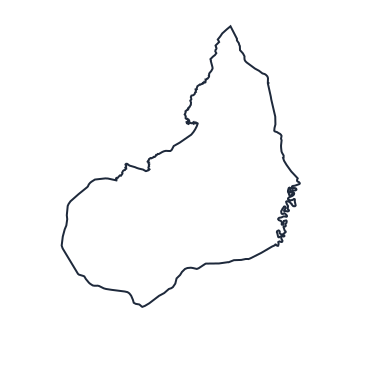 Ban Lueam, Nakhon Ratchasima, Thailand, rotated 138°
{"feature_id": "78962969B51286671896071", "entity_name": "Ban Lueam", "entity_type": "district", "adm_level": 2, "iso_a3": "THA", "parent_name": "Thailand", "parent_adm1": "Nakhon Ratchasima", "projection": "orthographic", "projection_center": [102.112, 15.575], "detail": "fine", "context": "isolated", "style": "outline", "palette": "slate", "viewbox_px": 384, "rotation_deg": 138, "n_neighbors": 0, "source": "geoboundaries", "source_scale": "gbopen_adm2", "svg_char_len": 6069}
<svg xmlns="http://www.w3.org/2000/svg" viewBox="0 0 384 384"><g transform="rotate(138 192 192)"><path d="M165.9,96.9L165.4,97.2L164.9,97.0L164.7,95.2L164.3,94.6L163.9,94.4L162.3,95.5L161.6,96.8L161.3,97.1L160.1,96.8L159.1,95.1L158.7,94.8L158.2,94.7L157.4,95.2L156.8,97.6L155.6,98.7L155.5,99.1L156.0,99.8L157.7,100.1L157.9,100.4L158.0,101.0L156.3,104.1L155.8,105.4L155.1,105.9L153.5,105.6L153.1,104.9L153.2,104.0L154.1,103.2L154.4,102.3L153.9,100.3L154.2,99.0L153.6,97.5L152.9,97.4L152.5,97.9L153.0,99.2L152.7,99.8L149.5,99.5L149.1,99.6L148.8,100.0L149.0,101.2L147.4,104.8L146.7,104.9L145.8,104.0L145.2,104.0L144.7,104.4L144.2,105.7L142.4,105.9L141.3,106.8L141.0,107.3L141.0,107.8L141.4,108.1L143.1,109.0L146.0,107.0L146.3,106.9L146.8,107.2L147.0,107.4L147.0,107.9L145.6,109.3L145.2,110.3L145.4,111.2L146.3,113.0L146.2,114.1L145.7,114.5L144.5,114.5L142.4,113.2L140.5,112.7L139.9,112.3L138.4,110.4L137.8,110.3L137.4,110.7L137.2,111.3L137.3,113.3L137.5,114.3L137.8,114.5L139.0,114.8L139.7,115.4L139.8,115.8L139.7,116.5L138.7,117.9L138.2,118.2L137.0,118.5L135.7,119.1L134.7,119.1L133.5,119.6L132.7,119.2L132.5,118.4L132.9,117.6L133.7,117.1L135.8,116.7L136.1,116.5L136.2,116.1L134.9,114.9L134.0,113.6L133.2,113.2L132.5,113.2L132.2,113.5L132.2,115.1L132.0,115.6L130.0,117.3L129.7,119.1L129.0,121.1L128.5,121.8L128.0,121.8L126.9,120.9L125.9,118.3L126.3,117.5L125.9,116.5L126.3,115.3L126.2,113.7L125.1,112.6L124.5,112.5L123.9,112.7L122.0,116.1L120.6,117.6L120.5,118.1L120.9,118.6L122.6,118.8L124.5,120.0L125.3,121.5L125.4,122.5L124.9,123.0L123.4,123.1L120.6,122.1L118.9,121.8L117.8,122.0L117.1,122.5L116.8,123.2L117.1,123.9L119.5,123.3L120.5,123.3L121.4,123.6L121.8,124.4L121.7,124.9L121.0,126.3L120.6,127.9L119.6,128.9L117.7,130.1L117.2,130.2L116.6,130.0L116.4,129.5L116.5,129.0L117.4,127.8L119.2,126.6L119.4,126.0L118.8,125.6L117.0,125.8L116.2,125.6L115.5,125.2L114.4,124.2L113.8,123.9L113.1,123.8L112.6,124.1L112.4,124.8L112.8,125.9L113.8,127.0L115.3,127.4L115.5,127.8L115.1,128.4L113.9,129.2L113.0,129.0L111.4,127.9L107.3,126.2L106.4,126.1L106.0,126.4L105.9,127.7L106.5,129.1L106.5,129.8L106.3,130.2L105.5,130.9L104.3,131.4L104.5,140.9L103.6,148.9L102.7,153.6L101.5,156.4L101.0,156.2L99.5,157.8L98.8,161.1L98.3,162.3L96.2,165.2L94.9,166.8L90.8,170.5L90.2,172.0L87.9,173.8L87.6,175.0L87.7,176.4L88.4,178.2L88.6,179.3L89.9,181.6L89.9,182.5L87.8,184.4L84.8,186.4L79.7,192.3L71.2,207.7L69.6,210.2L63.1,221.7L62.9,222.0L62.2,221.9L62.2,222.8L59.4,225.7L58.9,226.7L58.6,227.7L58.7,229.8L59.1,231.1L60.3,233.0L61.1,237.3L62.6,241.5L64.7,251.7L64.8,253.5L64.4,255.1L63.3,256.6L62.2,257.7L61.4,260.9L61.4,265.3L58.8,268.4L58.4,269.8L57.6,271.3L57.2,274.4L57.0,274.9L56.1,275.7L52.5,289.4L57.4,289.6L63.4,289.6L67.0,288.7L70.8,288.1L71.1,286.6L71.5,285.3L76.5,285.1L76.7,284.8L76.9,283.9L77.3,283.5L77.5,282.5L78.5,281.9L79.5,281.8L80.6,280.9L81.0,278.9L83.3,278.4L85.8,278.6L89.4,278.4L89.9,277.1L90.3,276.9L93.3,271.0L94.2,269.9L96.8,269.0L99.2,268.7L100.1,268.4L101.0,267.5L101.5,267.4L101.7,266.7L102.4,266.2L104.6,265.8L105.0,265.9L105.3,266.2L106.3,266.0L106.7,266.5L108.3,264.7L108.7,264.5L109.3,264.8L109.5,265.5L110.0,265.2L110.4,265.5L111.0,265.3L111.2,265.8L112.1,265.5L112.7,265.9L113.9,266.1L114.1,266.6L117.2,267.0L119.3,265.8L119.5,265.3L120.7,265.9L121.0,265.4L121.0,264.8L122.1,264.2L122.2,263.7L123.3,263.8L123.9,263.4L124.2,263.1L126.1,263.0L127.9,264.0L129.4,263.3L129.7,262.5L130.5,261.3L131.1,261.1L131.6,261.2L132.2,261.0L132.8,259.2L134.6,257.5L135.2,257.5L136.7,256.8L137.6,257.0L138.2,256.6L138.6,256.9L139.2,256.8L139.6,255.9L140.5,256.0L141.2,256.4L142.1,256.2L142.7,256.4L143.3,255.9L143.6,255.3L145.6,254.5L145.6,253.3L146.0,252.9L146.2,252.1L147.3,251.3L147.3,250.0L146.5,249.6L146.4,248.6L146.1,248.3L146.3,246.9L146.6,246.6L147.2,246.8L147.2,247.4L147.5,247.6L147.8,247.5L148.1,246.9L148.7,247.4L149.3,247.6L149.8,246.5L149.1,244.9L148.2,245.0L147.5,244.6L147.0,244.7L146.8,244.5L146.3,243.3L145.4,242.7L145.1,241.5L144.8,241.6L144.7,242.3L144.5,242.9L143.8,242.8L143.9,242.0L143.3,241.3L143.2,240.7L142.6,240.9L142.6,240.2L141.9,239.5L142.0,239.0L144.4,237.7L147.8,236.4L150.8,235.6L154.2,235.1L168.1,236.9L174.8,238.4L178.8,236.9L180.5,236.9L181.2,237.4L183.9,240.1L185.5,241.0L187.2,241.6L190.6,242.3L191.3,242.5L192.0,243.2L192.9,243.0L193.8,243.6L194.4,243.1L194.8,243.2L196.3,243.0L197.0,243.8L198.2,243.7L199.0,244.1L199.6,244.2L199.9,244.8L200.1,245.0L200.9,245.1L201.4,245.0L201.7,245.2L202.2,245.1L202.7,244.6L203.1,244.6L203.5,244.3L203.8,244.5L204.7,244.2L204.5,243.2L204.3,242.8L205.0,242.6L205.2,242.0L205.4,241.7L205.2,241.2L206.3,240.6L206.5,240.0L206.9,240.0L207.1,239.7L207.9,239.5L208.6,238.3L208.4,237.3L209.0,237.2L209.4,237.4L209.9,237.3L210.2,237.7L211.6,237.9L212.4,238.5L213.4,241.5L215.8,244.9L216.8,246.6L217.8,248.7L220.8,253.5L221.2,255.9L221.4,256.4L222.0,257.0L223.0,257.0L223.2,256.8L223.2,255.6L223.7,255.3L224.2,254.7L225.0,254.8L225.0,253.7L225.3,253.3L226.5,253.6L227.2,253.2L228.2,253.8L229.2,253.8L231.0,253.1L231.2,252.4L231.4,252.2L233.9,251.6L234.1,251.8L234.3,252.5L236.4,252.5L237.2,252.2L238.0,252.3L238.6,253.0L239.1,253.0L239.9,252.5L239.9,251.5L240.4,251.2L245.5,258.3L247.3,260.1L255.8,266.2L259.8,266.9L261.5,267.0L263.6,266.7L265.4,265.9L266.4,265.7L277.7,266.3L288.5,266.4L291.6,265.7L293.7,264.8L300.6,258.5L302.9,255.3L307.8,251.2L311.6,249.4L317.9,245.3L324.7,239.4L325.9,236.6L331.5,207.5L331.3,206.2L329.1,202.6L328.5,201.3L329.1,198.4L329.3,193.6L329.1,191.9L328.3,189.0L327.3,187.7L324.8,185.5L324.0,184.4L322.0,179.4L320.8,177.5L317.3,173.2L308.6,163.1L306.9,160.7L306.4,158.6L306.6,155.7L308.1,151.3L309.4,148.7L308.7,146.6L306.5,143.8L306.3,143.2L306.0,140.5L305.8,139.9L303.3,138.9L298.3,137.9L286.0,136.9L280.3,135.5L274.1,135.4L271.8,134.4L269.9,134.1L265.7,135.1L261.3,138.1L256.3,138.3L253.0,139.3L248.7,139.5L246.3,138.6L243.5,136.5L242.2,134.9L239.9,131.6L238.1,130.9L230.7,129.8L229.6,129.5L219.7,120.8L212.4,115.9L211.8,115.3L206.5,113.3L200.9,108.6L196.8,106.2L194.8,104.3L192.9,103.6L181.2,100.4L169.0,97.9L165.9,96.9Z" fill="none" stroke="#1e293b" stroke-width="2"/></g></svg>